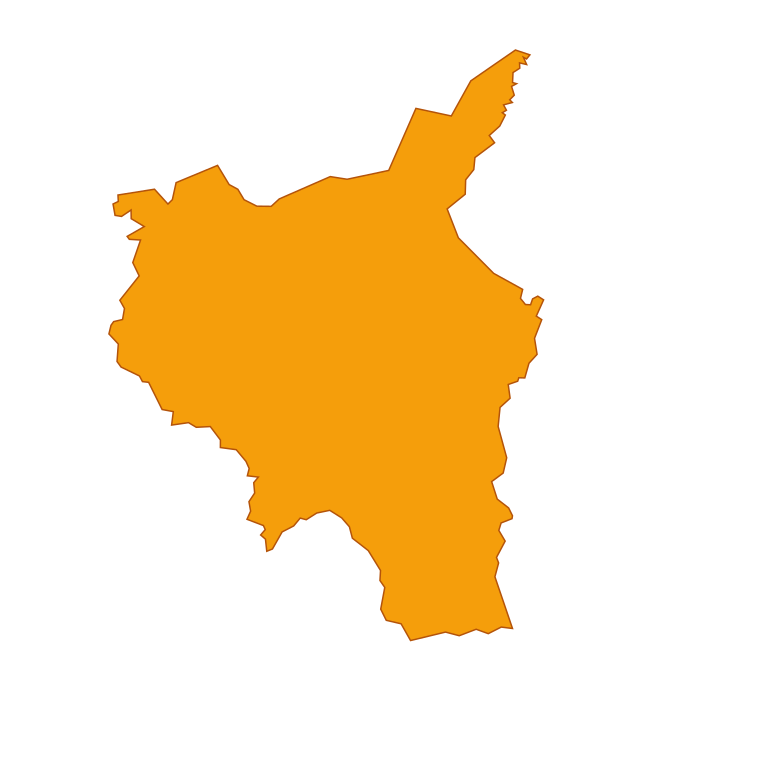 Lubutu, Maniema, Democratic Republic of the Congo, rotated 71°
{"feature_id": "63176286B14336347527587", "entity_name": "Lubutu", "entity_type": "district", "adm_level": 2, "iso_a3": "COD", "parent_name": "Democratic Republic of the Congo", "parent_adm1": "Maniema", "projection": "natural_earth1", "projection_center": [26.789, -0.716], "detail": "medium", "context": "isolated", "style": "filled", "palette": "amber", "viewbox_px": 768, "rotation_deg": 71, "n_neighbors": 0, "source": "geoboundaries", "source_scale": "gbopen_adm2", "svg_char_len": 1970}
<svg xmlns="http://www.w3.org/2000/svg" viewBox="0 0 768 768"><g transform="rotate(71 384 384)"><path d="M315.1,244.3L270.0,266.1L239.0,267.3L231.0,245.4L217.5,240.3L210.5,229.3L199.5,224.3L191.9,200.9L183.3,203.6L177.8,190.6L169.2,181.7L166.0,183.8L165.0,179.1L159.0,180.1L159.6,171.0L156.2,172.6L153.3,166.8L144.1,166.5L143.2,160.9L140.8,164.3L131.5,160.6L129.6,152.8L124.5,151.3L128.4,145.1L120.5,145.8L123.1,143.4L120.3,138.9L111.0,151.0L125.6,203.2L152.5,233.1L133.8,264.1L183.6,310.0L178.4,352.2L170.4,367.3L174.9,422.8L179.3,432.8L174.5,446.3L164.2,456.3L152.3,458.8L145.0,465.5L123.1,470.2L125.9,515.0L140.8,524.1L143.5,529.7L125.1,537.6L118.7,574.0L124.9,575.8L125.6,581.6L137.0,583.4L140.1,577.6L137.1,566.5L145.4,569.2L157.1,559.4L160.8,578.8L164.3,577.7L168.6,567.3L187.4,582.0L202.1,580.3L218.8,606.5L228.1,604.8L237.9,610.2L237.0,619.3L239.6,623.0L247.1,627.8L259.7,622.2L275.8,629.1L282.4,627.1L296.8,612.6L303.1,611.6L305.8,606.0L335.9,602.1L341.5,592.2L353.7,598.2L356.9,581.4L363.8,575.6L367.7,562.1L383.7,556.9L390.8,559.4L398.0,545.1L412.2,539.7L420.0,539.0L426.3,543.1L431.1,533.1L434.9,539.3L445.0,541.8L451.3,550.0L460.8,551.5L467.3,557.6L478.6,544.1L483.0,543.7L486.6,549.8L492.1,546.6L504.0,549.3L503.7,543.2L490.7,528.5L488.8,515.6L483.5,506.9L487.0,501.7L484.1,489.6L485.8,476.4L496.8,467.6L507.7,463.2L519.5,464.1L536.4,453.1L559.2,448.0L568.5,451.8L576.6,449.5L595.8,460.4L608.2,458.8L616.3,445.9L635.2,442.4L638.6,406.6L646.5,394.8L645.9,376.7L654.0,366.7L652.0,352.3L657.0,342.1L602.4,341.9L590.5,333.9L584.6,334.1L572.0,320.6L559.8,323.1L553.5,318.5L553.0,306.8L550.4,305.4L541.8,306.5L529.7,314.4L511.3,314.0L507.0,300.3L493.7,292.0L461.3,289.9L443.9,281.9L438.5,269.4L424.9,266.7L424.9,256.7L422.0,254.5L424.1,248.9L411.6,240.2L405.8,229.6L389.8,226.8L374.5,213.9L369.4,217.9L356.4,205.7L351.0,210.0L351.9,215.8L356.8,219.6L354.9,224.4L347.5,227.1L339.7,222.1L315.1,244.3Z" fill="#f59e0b" stroke="#b45309" stroke-width="1.5"/></g></svg>